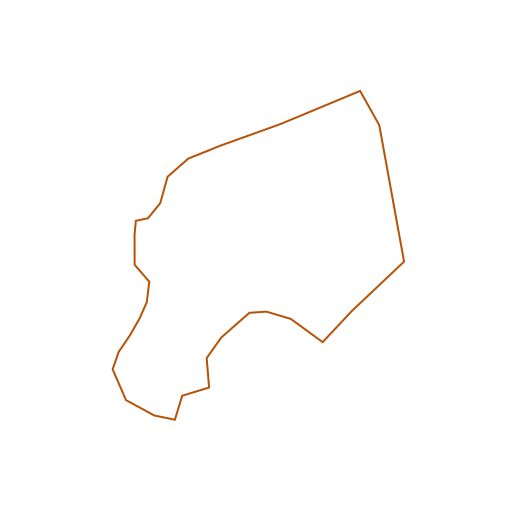 an SVG outline of Naxxar, rotated 39°
{"feature_id": "MLT-5928", "entity_name": "Naxxar", "entity_type": "state/province", "adm_level": 1, "iso_a3": "MLT", "parent_name": "Malta", "parent_adm1": "", "projection": "albers", "projection_center": [14.439, 35.933], "detail": "fine", "context": "isolated", "style": "outline", "palette": "amber", "viewbox_px": 512, "rotation_deg": 39, "n_neighbors": 0, "source": "natural_earth", "source_scale": "10m", "svg_char_len": 534}
<svg xmlns="http://www.w3.org/2000/svg" viewBox="0 0 512 512"><g transform="rotate(39 256 256)"><path d="M233.0,62.2L269.4,76.7L374.6,167.2L365.1,238.3L362.0,281.0L322.7,283.0L299.1,292.7L286.6,304.3L280.3,341.2L281.9,366.4L302.3,387.7L286.6,411.0L296.0,434.3L277.2,444.0L245.7,449.8L215.9,434.3L209.6,416.8L208.0,397.4L204.9,378.0L200.2,360.6L189.2,343.1L167.2,339.2L148.3,316.0L140.5,304.3L148.3,294.6L148.3,275.2L137.4,250.0L142.1,222.8L159.4,191.8L192.3,137.5L233.0,62.2Z" fill="none" stroke="#b45309" stroke-width="2"/></g></svg>